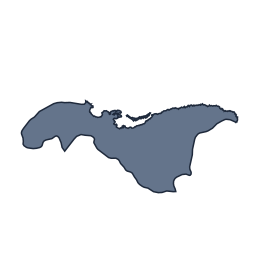 Pueblo Viejo, Azua, Dominican Republic, rotated 217°
{"feature_id": "3306468B59626233413170", "entity_name": "Pueblo Viejo", "entity_type": "district", "adm_level": 2, "iso_a3": "DOM", "parent_name": "Dominican Republic", "parent_adm1": "Azua", "projection": "robinson", "projection_center": [-70.862, 18.341], "detail": "fine", "context": "isolated", "style": "filled", "palette": "slate", "viewbox_px": 256, "rotation_deg": 217, "n_neighbors": 0, "source": "geoboundaries", "source_scale": "gbopen_adm2", "svg_char_len": 5896}
<svg xmlns="http://www.w3.org/2000/svg" viewBox="0 0 256 256"><g transform="rotate(217 128 128)"><path d="M164.6,71.4L164.4,86.6L164.0,90.4L161.6,94.5L157.9,96.4L153.0,99.5L150.8,99.8L148.8,99.5L148.0,98.9L146.8,96.2L146.2,95.6L140.8,93.2L139.1,92.8L125.7,92.7L123.2,93.7L119.5,96.6L117.0,97.0L115.5,96.7L112.5,95.2L107.6,94.3L104.6,93.1L102.8,93.1L99.4,94.4L97.4,94.5L93.4,92.8L90.1,91.8L87.1,90.3L84.9,89.9L81.5,90.0L79.4,90.4L75.9,92.0L69.3,92.5L64.9,94.6L62.0,97.0L59.2,101.0L53.5,104.4L51.6,106.0L53.5,107.6L56.5,109.3L58.3,111.0L59.7,113.2L60.1,115.9L59.6,118.0L56.8,123.4L53.9,126.1L50.5,127.1L49.9,127.8L49.9,129.2L51.0,130.7L53.8,132.3L55.4,134.1L60.5,145.3L63.7,149.9L68.0,159.2L68.6,161.3L68.6,164.1L68.4,165.7L67.7,167.2L63.4,172.2L62.3,174.0L60.4,178.7L59.6,184.8L57.4,189.9L55.6,193.3L54.6,194.2L51.4,196.1L46.4,197.3L45.2,197.3L45.2,198.1L44.8,198.3L45.2,198.8L45.0,199.4L45.4,200.4L46.5,201.7L46.9,201.7L46.9,202.2L47.3,202.2L47.3,202.6L48.5,202.2L48.5,202.6L49.5,203.1L49.5,203.6L50.3,203.6L50.3,203.8L51.1,203.6L51.1,204.0L52.9,204.7L53.7,204.2L53.7,203.8L55.1,203.8L55.7,203.3L56.3,203.3L56.3,203.1L56.9,203.1L57.1,202.6L57.7,202.6L58.1,201.7L58.7,201.5L58.7,201.0L59.5,200.8L59.9,200.4L60.5,200.4L60.5,199.9L61.5,199.7L61.5,199.4L61.9,199.7L63.1,199.4L63.1,199.7L63.6,199.7L63.8,200.1L64.8,200.1L64.8,199.4L65.2,199.0L66.4,199.0L66.6,199.4L67.8,199.7L67.8,199.9L68.8,199.9L69.6,199.2L71.2,199.2L71.4,198.3L73.0,197.4L73.4,196.5L74.8,196.2L75.4,195.3L76.8,195.3L76.6,194.4L77.4,193.0L78.6,193.3L79.0,192.8L80.7,192.8L81.5,191.9L83.1,192.1L83.1,191.0L84.1,190.8L83.9,189.8L85.3,189.4L85.5,188.5L85.9,188.0L86.5,188.0L86.9,187.3L87.3,187.3L88.3,185.7L89.1,186.0L89.5,185.5L89.3,184.8L89.7,184.4L89.9,184.6L91.5,184.4L91.7,183.4L92.1,183.2L91.9,182.1L93.3,182.3L93.3,181.8L93.5,181.8L93.3,180.9L93.7,180.9L93.9,180.0L94.5,179.6L94.5,178.6L95.1,178.4L95.7,178.9L95.7,178.6L96.1,178.6L96.3,177.3L97.9,176.8L98.1,175.7L98.5,175.4L98.5,174.8L98.8,174.8L99.2,174.3L99.2,173.4L99.8,173.6L101.2,172.7L102.0,172.9L102.4,172.0L102.8,172.0L103.0,171.3L104.0,171.1L104.4,170.6L104.4,170.0L104.8,169.7L105.0,168.8L105.4,168.8L106.0,167.0L106.8,167.0L106.8,166.8L107.6,166.5L108.0,164.7L109.8,163.1L110.0,161.7L110.6,161.0L110.6,160.1L110.4,160.1L110.6,159.2L111.2,159.0L112.0,158.1L112.6,156.7L113.6,156.7L113.8,156.2L114.6,156.0L115.6,154.9L115.7,153.7L116.1,153.7L116.9,152.8L116.7,152.4L115.9,152.6L115.6,152.1L115.6,151.2L115.6,150.5L115.9,149.8L115.7,148.9L116.1,148.7L116.5,147.8L116.7,146.2L117.1,146.0L117.1,145.0L117.5,145.0L117.9,144.4L117.9,143.7L117.5,143.2L117.5,141.4L118.5,140.2L118.7,139.3L119.3,138.9L119.5,138.2L120.1,138.0L120.5,136.8L120.9,136.8L121.5,135.7L122.3,135.2L122.7,133.4L123.1,133.4L123.3,132.9L123.5,131.6L124.7,130.2L126.3,130.4L127.1,129.5L127.7,127.7L129.1,127.4L129.7,127.0L130.7,127.0L131.3,127.7L131.9,127.7L132.3,127.2L133.2,127.2L133.6,126.1L132.1,126.3L131.9,125.4L132.3,124.9L133.0,124.9L133.4,124.2L133.4,123.6L134.0,123.6L134.2,122.4L134.6,122.4L134.6,122.2L137.8,121.7L138.2,122.2L138.2,123.1L138.6,123.6L139.0,123.6L139.2,124.0L139.8,124.0L140.0,122.9L141.6,122.6L142.0,122.9L141.8,124.7L142.2,125.4L143.0,125.2L143.2,125.6L145.0,126.1L145.0,127.2L144.6,127.7L144.0,127.7L143.8,128.1L143.2,128.1L142.6,128.8L142.6,129.5L142.2,129.7L142.2,130.2L142.6,130.2L142.8,130.9L142.6,131.1L141.8,130.9L140.8,132.2L140.2,132.5L140.2,133.2L140.6,133.2L140.8,133.8L142.2,133.8L143.0,133.2L143.6,133.2L143.8,132.5L144.4,132.5L144.4,132.2L144.8,132.5L144.8,132.9L145.2,132.9L147.0,131.3L146.8,130.2L148.2,129.7L148.0,131.3L147.0,132.5L145.4,132.9L145.2,133.6L144.4,133.8L143.8,135.0L142.8,135.4L142.8,136.4L143.8,137.0L146.0,136.6L146.4,135.9L147.0,135.9L147.4,135.2L147.4,134.5L147.2,134.5L147.4,133.8L148.8,134.3L149.6,133.6L149.6,133.2L150.0,132.7L150.3,132.7L150.9,132.0L151.1,131.1L151.5,130.9L151.5,129.5L150.5,128.8L150.7,127.9L151.5,127.9L152.3,129.0L153.3,129.0L153.3,128.8L155.7,128.8L156.5,127.9L157.5,127.4L157.5,125.8L157.9,124.9L157.7,124.9L157.7,124.2L157.1,123.6L156.7,123.6L156.3,122.9L156.3,120.6L156.9,120.4L156.9,119.9L158.7,118.1L159.5,118.1L160.5,117.4L161.9,117.4L162.3,116.7L166.1,117.2L166.3,117.6L167.6,117.6L167.6,117.8L168.2,117.8L168.4,118.3L168.8,118.3L169.6,119.9L169.6,121.3L170.0,121.5L170.0,122.2L168.8,123.1L168.4,123.1L168.4,123.6L169.4,124.5L170.0,124.0L172.0,124.2L172.0,124.5L172.2,124.2L172.4,124.5L174.0,124.5L174.0,124.2L175.6,124.5L175.8,124.2L176.2,124.7L176.8,124.7L177.0,124.2L178.1,124.2L177.1,123.1L177.1,120.8L179.4,118.9L189.7,113.5L193.9,110.1L196.5,108.6L199.7,105.7L202.0,102.7L208.7,87.8L209.3,80.5L210.7,76.7L211.1,74.5L211.2,64.9L211.0,62.0L210.5,60.5L209.6,59.3L205.8,56.8L203.6,54.4L202.1,52.0L200.4,51.3L197.4,51.4L196.0,51.9L191.3,54.5L188.9,56.7L186.8,59.2L186.1,60.7L186.0,61.7L186.2,62.7L187.2,65.3L187.2,67.3L186.2,69.2L182.4,73.7L181.2,77.5L180.4,78.6L179.1,79.0L177.2,78.7L172.6,76.0L168.9,72.8L164.6,71.4ZM135.8,136.6L134.6,137.5L133.8,137.0L130.3,137.3L130.3,137.5L127.9,137.0L128.1,138.4L126.7,138.2L126.5,138.6L126.1,138.6L125.9,139.6L125.5,139.8L125.1,140.7L125.1,141.6L124.3,142.5L123.7,142.8L123.7,143.2L124.1,143.2L124.3,143.9L123.9,144.1L123.9,143.4L123.1,143.4L123.3,144.8L122.7,145.5L122.3,145.5L122.3,144.8L121.7,144.8L121.7,146.0L122.1,146.2L122.1,146.6L121.5,146.9L121.3,147.6L121.1,147.6L121.3,146.6L120.9,146.4L119.9,146.6L119.9,147.1L119.3,147.6L119.1,149.6L118.7,150.3L118.7,151.0L119.3,151.4L119.3,152.1L118.9,152.6L119.1,153.5L119.7,153.3L119.7,152.1L120.3,151.4L120.3,149.8L120.5,149.4L120.9,149.4L120.9,148.7L122.7,146.9L122.9,146.2L123.7,145.7L123.7,145.0L124.1,145.0L125.1,143.9L125.5,143.9L125.7,143.0L125.3,143.0L125.3,142.8L125.9,142.5L125.9,142.1L127.3,140.5L127.3,140.0L128.1,140.0L128.1,139.8L129.3,139.6L129.7,139.1L130.7,139.1L131.7,138.0L134.6,138.0L136.4,138.0L136.6,137.0L136.2,137.0L135.8,136.6Z" fill="#64748b" stroke="#1e293b" stroke-width="1.5"/></g></svg>